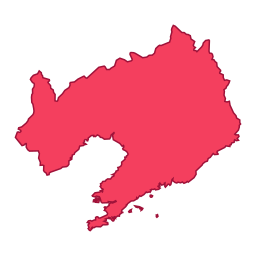 the Province of Liaoning
{"feature_id": "CHN-1813", "entity_name": "Liaoning", "entity_type": "Province", "adm_level": 1, "iso_a3": "CHN", "parent_name": "China", "parent_adm1": "", "projection": "orthographic", "projection_center": [122.279, 41.097], "detail": "fine", "context": "isolated", "style": "filled", "palette": "rose", "viewbox_px": 256, "rotation_deg": 0, "n_neighbors": 0, "source": "natural_earth", "source_scale": "10m", "svg_char_len": 5850}
<svg xmlns="http://www.w3.org/2000/svg" viewBox="0 0 256 256"><path d="M239.0,136.4L237.2,138.5L238.5,140.3L236.1,140.7L234.8,139.7L234.5,140.0L234.1,142.3L231.6,143.0L231.1,144.7L230.0,145.0L229.9,146.5L225.9,145.9L224.8,147.4L217.3,151.2L217.0,152.3L218.1,153.9L218.0,154.3L214.5,154.6L213.2,153.5L210.2,157.4L208.2,158.5L207.4,161.1L205.1,161.9L202.8,163.7L202.1,165.1L195.9,171.0L196.1,174.3L194.0,177.7L188.2,182.2L187.2,181.4L186.2,182.4L183.9,183.3L182.4,182.0L180.6,182.8L178.0,182.2L176.8,183.0L175.1,182.5L172.5,180.5L172.9,178.7L172.1,179.4L170.8,184.6L169.9,185.3L169.2,184.3L168.2,184.1L165.4,187.2L164.8,186.3L165.0,182.9L164.4,183.2L164.6,183.6L164.0,184.5L161.6,185.1L160.3,183.6L159.7,184.0L159.6,183.3L159.0,184.0L160.0,186.0L158.2,186.0L158.0,186.5L160.2,188.1L158.7,189.3L155.5,189.9L154.8,188.9L153.2,189.5L151.6,189.3L150.5,189.9L151.1,190.6L150.1,192.3L149.4,191.9L147.0,192.6L146.2,192.0L144.0,194.5L140.9,196.4L139.6,195.8L137.6,198.6L136.7,197.7L136.5,199.1L133.7,200.8L131.2,201.0L127.7,203.6L126.9,205.0L126.4,204.8L126.0,206.4L121.8,210.1L121.5,211.9L123.4,212.5L122.2,212.6L119.6,214.5L119.4,216.2L117.6,216.0L116.1,217.2L114.8,216.6L114.2,216.9L115.0,217.4L115.4,218.3L112.2,217.2L112.5,218.1L114.4,219.5L113.6,220.9L112.8,221.0L111.6,219.9L110.3,217.8L108.7,217.4L108.6,217.9L109.2,218.6L107.2,218.3L105.7,218.9L106.4,219.1L106.3,220.3L104.1,221.2L107.7,222.6L108.0,224.2L107.7,224.6L107.1,224.2L106.3,224.8L102.9,224.8L100.6,226.8L95.9,226.6L94.0,227.7L92.3,227.2L91.6,228.2L92.5,228.2L90.3,230.6L89.4,230.3L88.1,228.5L89.0,227.6L88.1,225.4L88.2,224.6L89.5,223.4L89.4,222.9L87.3,222.5L88.4,220.9L90.4,220.5L91.8,221.1L94.2,220.0L95.6,219.9L95.6,217.4L97.0,216.7L98.0,217.0L98.8,218.0L100.1,218.0L107.1,214.9L107.6,213.6L107.3,212.8L106.0,211.1L104.4,210.4L104.9,210.0L104.7,209.1L105.7,208.5L104.3,207.3L105.0,206.8L106.2,207.3L107.3,206.8L109.2,205.3L109.0,204.4L110.7,202.7L112.6,203.0L116.1,201.5L115.7,200.7L113.0,202.0L108.3,201.6L108.6,202.7L102.2,202.9L101.1,201.9L100.1,198.2L99.3,196.7L96.5,196.1L94.9,196.9L92.6,196.3L92.2,195.7L95.0,192.8L99.8,192.1L100.5,191.4L100.2,190.8L101.4,190.5L102.3,192.0L102.5,191.8L102.7,191.1L102.3,190.5L103.1,189.4L102.7,188.8L101.7,188.7L100.1,186.3L101.0,185.7L100.5,183.7L101.8,183.1L102.7,181.5L105.4,181.1L106.0,180.0L107.7,178.9L110.6,179.0L111.8,177.1L113.9,176.0L114.0,174.9L112.4,174.6L114.1,173.8L115.8,172.3L115.9,171.2L118.0,170.3L118.3,168.9L117.8,167.5L119.4,167.1L121.1,165.8L121.7,164.3L121.6,162.2L125.1,159.2L124.8,157.2L126.4,157.0L126.4,156.0L127.6,155.2L128.1,154.0L127.2,152.2L125.5,150.7L123.1,149.6L122.7,148.7L123.7,147.4L123.8,146.0L123.4,145.4L122.2,146.3L119.8,143.4L113.3,139.7L112.5,134.7L113.6,133.8L114.1,132.9L113.9,132.6L111.0,135.2L111.0,136.4L109.7,138.9L104.3,139.2L102.2,137.6L100.3,137.3L99.6,136.1L97.4,134.9L95.4,136.6L94.5,136.5L94.0,135.7L93.6,136.3L93.0,135.4L91.3,135.6L88.2,138.1L88.2,139.6L87.7,140.0L87.8,140.7L87.2,140.9L86.5,139.7L85.0,139.6L84.3,140.5L84.5,141.5L83.4,142.7L83.5,143.3L85.3,143.5L86.2,144.3L84.3,144.7L83.5,145.5L79.7,146.1L78.8,149.3L74.8,152.6L74.2,154.3L72.3,155.0L72.1,156.9L70.4,157.7L70.4,158.8L71.8,158.5L71.8,159.2L68.9,160.9L68.9,164.3L67.8,165.8L66.6,166.6L62.4,167.1L60.8,168.5L50.4,172.2L49.3,173.0L49.1,174.6L47.0,175.1L46.2,173.1L44.3,171.7L43.6,170.5L43.8,165.6L42.6,165.1L40.2,165.3L40.4,162.4L38.6,158.1L39.4,153.7L38.3,150.9L29.5,151.1L27.7,149.7L26.2,147.1L26.3,143.6L25.5,143.6L23.9,145.1L22.0,145.6L15.4,137.4L17.3,132.2L18.1,131.9L19.8,132.4L20.9,131.5L20.8,130.4L18.3,129.1L18.7,127.8L21.7,126.9L26.2,123.1L28.0,120.7L28.5,119.0L32.9,114.7L33.6,113.3L34.0,111.1L33.7,108.5L32.9,104.2L31.8,102.4L31.5,97.3L31.8,94.7L32.6,93.4L32.5,89.2L34.1,86.7L34.3,84.3L34.1,83.4L32.5,82.5L30.4,79.4L31.2,77.7L33.4,75.3L37.6,73.8L39.2,70.9L41.3,72.7L41.5,74.4L42.5,75.7L42.9,77.7L49.3,79.6L49.5,80.7L48.1,82.0L48.0,82.6L50.5,85.5L50.8,88.3L53.2,89.9L53.6,92.4L55.1,94.4L55.0,100.8L57.0,101.3L57.7,100.7L58.5,97.6L62.5,93.8L64.8,90.4L69.0,87.6L70.1,85.1L69.9,83.4L70.3,82.5L74.5,81.9L78.0,79.1L83.7,76.2L84.3,76.2L85.5,77.7L86.9,78.2L98.8,67.3L104.2,66.1L105.1,66.8L106.6,69.5L109.6,69.5L110.8,68.3L114.6,66.0L116.4,60.3L119.9,58.2L124.5,59.8L127.4,61.8L131.1,60.9L132.0,60.2L132.2,59.3L130.0,54.4L130.1,53.1L130.9,52.5L133.6,52.7L135.2,53.3L142.7,57.7L146.8,57.1L149.1,55.3L152.3,55.1L154.5,53.2L155.8,48.5L158.3,46.1L159.5,45.3L161.2,45.5L169.6,42.1L170.8,38.2L170.5,36.8L171.9,31.9L171.5,30.0L171.9,28.2L173.3,25.4L175.2,26.2L181.8,32.5L184.3,32.6L186.4,34.4L188.1,34.5L190.3,35.7L191.0,39.0L194.7,41.5L193.3,45.3L193.9,46.6L195.4,47.5L193.8,49.2L193.9,50.4L195.9,50.6L196.9,51.7L201.6,47.0L202.8,45.2L203.3,43.0L205.6,40.5L208.9,39.9L209.4,40.6L209.0,51.3L209.6,53.1L211.6,53.4L212.4,54.3L213.0,56.7L212.0,59.5L213.9,59.7L215.0,61.5L216.7,62.8L217.1,66.6L220.6,70.3L220.5,71.5L219.7,72.2L219.7,73.2L223.2,74.8L223.3,77.6L224.5,80.3L226.8,79.9L229.7,80.9L229.0,82.9L227.7,85.3L226.6,86.3L226.0,88.2L223.9,89.7L224.4,91.3L224.0,95.2L225.4,98.5L224.8,101.4L227.0,102.0L229.4,101.3L230.0,105.2L233.5,112.8L236.0,115.7L236.6,118.0L239.8,120.0L239.8,122.7L240.6,124.0L239.3,125.3L239.3,127.1L238.4,130.1L234.8,134.2L235.6,134.8L238.4,134.9L239.0,136.4ZM98.8,198.2L99.7,199.2L98.6,199.6L99.2,200.7L98.7,202.5L95.9,202.3L97.3,200.3L96.8,199.4L96.0,199.6L94.5,201.7L93.3,201.7L93.6,199.9L95.1,199.3L96.1,197.8L98.8,198.2ZM140.9,207.4L137.6,207.6L135.8,207.0L134.9,205.9L139.5,206.7L140.9,207.4ZM128.7,211.6L129.8,210.3L131.4,209.5L131.0,210.7L131.4,211.9L129.2,212.4L128.7,211.6ZM150.1,196.4L150.2,195.3L151.0,195.0L152.6,195.8L152.3,196.7L151.5,197.2L150.6,197.1L150.1,196.4ZM157.5,214.6L158.0,216.3L156.9,217.3L156.3,216.7L157.0,215.7L156.3,215.1L157.5,214.6ZM139.2,208.6L142.0,208.3L142.8,208.5L142.2,209.7L141.1,210.4L141.3,209.2L139.2,208.6Z" fill="#f43f5e" stroke="#9f1239" stroke-width="1.5"/></svg>